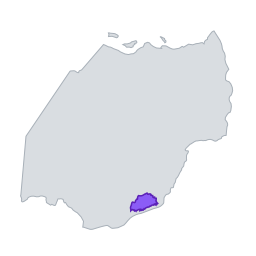 location of Nkasi, Rukwa, United Republic of Tanzania, rotated 275°
{"feature_id": "72390352B34861075189695", "entity_name": "Nkasi", "entity_type": "district", "adm_level": 2, "iso_a3": "TZA", "parent_name": "United Republic of Tanzania", "parent_adm1": "Rukwa", "projection": "mercator", "projection_center": [30.833, -7.587], "detail": "fine", "context": "in_parent", "style": "filled", "palette": "violet", "viewbox_px": 256, "rotation_deg": 275, "n_neighbors": 0, "source": "geoboundaries", "source_scale": "gbopen_adm2", "svg_char_len": 6957}
<svg xmlns="http://www.w3.org/2000/svg" viewBox="0 0 256 256"><g transform="rotate(275 128 128)"><path d="M91.1,185.1L88.0,183.5L85.2,182.5L83.0,181.4L82.0,180.4L79.8,180.0L78.0,179.8L76.3,178.8L72.8,178.4L72.4,177.8L72.3,176.3L71.7,175.9L70.5,175.6L69.1,175.6L68.2,175.8L67.7,175.7L66.6,174.8L65.6,173.7L65.2,172.0L63.6,170.9L61.7,170.0L56.6,170.1L55.8,169.8L54.6,168.9L53.1,167.4L52.0,165.8L51.0,163.5L49.9,160.5L44.0,148.3L43.4,146.0L42.3,143.5L40.4,140.3L38.4,138.0L35.7,135.9L32.7,133.8L31.0,132.4L27.8,126.7L27.2,124.0L26.7,121.3L26.9,120.1L28.9,116.6L29.1,115.6L28.8,114.2L27.9,111.4L26.6,107.9L24.1,101.7L23.8,100.1L23.8,98.9L25.3,92.5L25.3,91.6L31.2,91.8L35.4,89.0L39.2,84.8L39.9,83.1L41.5,80.4L43.0,79.1L43.5,78.2L44.4,75.5L46.3,73.7L48.3,72.3L47.9,71.3L48.1,71.0L49.2,70.3L51.2,69.6L51.6,68.2L51.6,66.6L51.3,65.8L51.3,64.7L51.0,64.2L49.7,64.0L47.7,63.3L46.1,62.9L45.0,62.5L44.5,62.1L44.4,61.2L45.3,58.7L44.4,57.7L46.4,53.7L46.8,53.2L47.5,53.2L48.7,52.7L49.8,52.5L50.7,52.7L51.4,52.5L51.9,52.1L52.4,50.7L52.8,48.4L52.6,46.6L51.8,45.1L51.5,42.9L51.9,40.0L51.6,37.6L50.7,35.6L49.7,34.4L48.3,33.9L45.9,30.9L45.2,29.5L45.4,28.6L46.2,28.2L47.6,28.3L49.0,28.0L50.3,27.2L51.6,26.9L52.2,27.1L110.9,27.1L179.5,65.3L179.8,65.8L180.3,69.1L180.2,70.2L179.1,72.1L178.8,73.1L178.8,73.8L179.1,74.1L180.0,74.1L180.7,74.6L181.0,75.0L181.6,76.4L182.3,77.1L208.4,95.9L209.0,96.2L208.6,97.8L207.1,101.6L207.1,103.2L206.5,105.1L205.9,106.3L204.4,111.7L203.2,113.7L201.5,118.5L201.2,122.1L202.1,124.6L202.5,127.0L204.5,129.3L206.1,130.2L207.2,131.2L209.1,133.7L210.2,136.1L213.7,137.3L215.1,140.1L214.6,142.0L213.0,143.5L211.4,146.1L210.2,149.4L210.2,154.5L211.0,153.7L212.9,155.0L213.1,158.7L211.2,163.1L210.6,165.1L210.5,166.9L211.9,172.1L214.0,174.8L213.8,175.6L213.3,176.3L216.8,181.1L216.5,185.2L217.9,188.4L218.5,191.2L219.3,193.3L219.5,194.8L218.4,196.4L221.0,196.8L222.5,198.1L223.2,199.4L225.1,199.4L226.1,200.2L227.6,201.0L230.8,203.1L231.7,204.2L232.2,205.2L223.3,212.0L220.1,213.7L217.8,214.5L215.4,215.0L213.1,216.1L210.9,217.7L208.0,218.6L204.6,218.6L201.0,219.8L195.3,223.3L192.0,221.3L189.4,220.7L186.5,220.8L184.6,221.0L184.0,221.5L183.4,222.6L182.9,224.6L181.0,226.5L177.6,228.3L174.4,229.0L171.5,228.5L169.5,227.8L168.5,226.7L167.0,226.2L165.0,226.3L163.1,227.1L161.3,228.5L158.4,229.1L154.4,228.9L152.3,228.2L152.0,227.0L150.2,225.7L147.0,224.1L144.7,224.1L143.2,225.6L141.8,226.5L140.6,226.9L139.4,227.0L137.8,226.5L133.4,226.4L129.2,226.4L128.8,224.3L127.9,222.9L127.2,222.1L125.8,221.9L125.4,221.3L124.9,220.0L124.2,218.8L123.2,217.8L122.7,216.9L122.5,216.1L122.6,215.2L123.5,213.0L123.8,211.5L123.7,209.9L123.2,208.3L122.2,206.4L122.3,205.8L122.0,204.5L121.9,203.6L122.1,202.5L121.9,201.0L121.1,197.8L121.1,197.0L120.2,195.4L117.4,191.8L117.3,191.3L112.9,187.6L111.2,186.8L110.6,187.5L110.3,188.1L110.5,189.3L110.4,189.9L110.2,190.2L109.2,190.1L108.6,190.0L106.9,189.0L105.6,188.7L102.4,188.9L101.3,189.2L100.4,188.9L98.8,187.2L96.8,186.9L95.0,186.8L92.1,184.9L91.1,185.1ZM214.1,124.1L215.6,128.1L215.4,128.8L214.4,129.3L213.8,129.3L213.2,128.7L212.8,127.3L212.0,127.6L210.7,126.0L209.4,126.0L208.3,124.0L208.7,122.3L208.4,119.5L209.8,118.0L210.6,115.6L211.5,117.2L211.7,119.9L212.9,123.0L214.1,124.1ZM221.0,100.2L221.1,101.2L220.9,102.1L220.9,104.9L220.8,106.8L219.7,109.4L218.9,110.3L218.1,110.1L217.4,109.6L216.9,108.9L218.0,104.1L217.4,100.6L219.5,100.9L221.0,100.2ZM218.2,158.1L217.1,158.3L216.7,158.1L216.1,157.3L217.2,156.6L218.2,155.3L220.7,153.4L221.8,151.9L221.6,153.4L220.3,156.6L219.1,156.8L218.2,158.1Z" fill="#d9dde1" stroke="#a8b0b8" stroke-width="1"/><path d="M54.2,138.5L52.3,138.1L51.2,138.0L51.0,137.9L50.5,137.7L49.2,137.4L47.9,137.6L47.1,137.8L46.7,137.9L45.8,138.0L46.2,138.3L46.3,138.4L46.4,138.5L46.5,138.5L46.8,138.7L47.0,138.8L47.1,139.0L47.2,139.3L47.1,139.7L47.0,140.0L46.9,140.3L46.7,140.3L46.7,140.5L46.8,140.5L46.9,140.8L46.9,141.0L47.0,141.1L46.9,141.2L46.6,141.7L46.3,142.0L46.1,141.9L45.9,141.7L45.8,141.8L45.9,142.0L46.0,142.2L46.2,142.4L46.5,142.5L46.4,142.8L46.2,142.9L46.1,143.0L46.3,143.0L46.3,143.4L46.5,143.5L46.7,143.9L46.8,144.2L46.7,144.2L46.8,144.3L46.8,144.5L47.0,144.7L47.2,144.9L47.3,145.0L47.7,145.6L47.6,145.8L47.7,146.0L47.8,146.2L47.9,146.5L47.9,146.8L48.0,146.8L48.0,147.0L48.0,146.9L47.9,146.9L47.8,147.2L47.7,147.3L47.8,147.4L47.7,147.4L47.6,147.5L47.4,147.7L47.5,147.8L47.4,147.9L47.5,148.0L47.6,148.3L47.7,148.6L47.8,148.7L47.7,148.8L47.4,148.7L47.4,148.8L47.2,148.9L47.2,149.0L47.3,149.1L47.4,149.3L47.5,149.3L47.5,149.5L47.6,149.4L47.6,149.5L47.8,149.6L47.9,149.8L48.0,149.8L48.0,150.0L48.0,150.3L48.1,150.5L48.3,150.6L48.4,150.8L48.6,151.1L48.8,151.1L48.7,151.3L48.8,151.4L48.7,151.6L48.8,151.6L49.1,151.8L49.4,152.1L49.4,152.4L49.6,152.4L49.6,152.6L50.0,152.8L50.2,153.0L50.3,153.1L50.4,153.3L50.5,153.5L50.6,153.9L50.7,154.1L50.7,154.5L50.8,154.6L50.7,154.8L50.8,154.9L51.0,154.9L51.0,155.1L51.1,155.3L51.2,155.5L51.2,155.8L51.3,155.9L51.3,156.1L51.5,156.3L51.9,156.4L52.0,156.5L52.2,156.8L52.1,157.3L52.1,157.5L52.5,157.8L52.7,158.0L52.8,158.2L53.0,158.3L53.1,158.5L53.3,158.7L53.3,158.9L53.3,159.0L53.2,159.0L53.4,159.1L53.4,159.3L53.4,159.6L53.3,159.8L53.4,160.1L53.6,160.3L53.6,160.5L53.8,160.5L54.1,160.5L54.3,160.6L54.5,160.9L54.5,161.1L54.6,161.3L54.5,161.5L54.5,161.8L54.4,161.7L54.1,161.6L54.0,161.8L54.2,161.7L54.2,161.8L54.2,161.7L54.1,161.8L54.2,162.0L54.3,162.0L54.2,162.2L54.3,162.2L54.3,162.3L54.4,162.2L54.5,162.2L54.4,162.3L54.5,162.5L54.4,162.6L54.6,162.8L54.7,162.7L54.8,162.8L54.7,162.8L54.8,162.9L54.9,163.1L54.8,163.3L54.7,163.4L54.8,163.7L54.9,163.8L54.9,163.7L55.1,163.7L54.9,163.5L55.0,163.4L55.3,163.6L55.4,163.8L55.3,163.7L55.4,163.9L55.5,163.9L55.7,163.5L55.9,163.3L56.2,163.2L56.4,163.1L56.6,163.1L56.8,162.9L57.0,162.7L57.4,162.6L57.5,162.4L57.8,162.1L58.0,162.1L58.2,162.3L59.0,162.3L60.2,162.3L60.5,162.2L60.6,161.9L60.5,161.4L60.7,160.4L60.8,160.4L61.5,160.4L61.3,159.5L61.0,159.2L61.2,158.9L61.4,158.8L61.6,158.8L61.8,158.7L62.2,158.7L62.8,158.5L62.7,158.2L62.9,157.8L62.9,157.3L62.8,157.0L62.8,156.8L62.9,156.7L63.8,156.7L63.8,156.3L63.8,156.2L64.3,155.9L64.3,155.4L64.1,155.0L64.1,154.9L63.9,154.5L63.8,154.3L63.9,154.2L64.0,154.1L63.9,153.9L63.9,153.7L63.8,153.4L64.5,152.8L64.8,152.7L64.7,152.3L64.4,151.8L63.8,151.2L63.8,150.9L63.6,150.7L63.6,150.4L63.2,149.9L62.7,149.3L62.5,149.0L62.4,148.8L61.9,148.0L61.7,147.3L61.5,146.2L61.5,145.8L61.5,145.0L61.6,144.4L61.4,144.2L61.2,144.2L60.9,144.0L60.7,143.9L60.3,143.7L60.0,143.6L59.7,143.6L58.6,143.6L58.2,143.7L57.8,143.3L57.9,142.9L57.7,142.8L57.4,142.6L56.6,142.0L56.4,141.9L56.0,141.8L55.2,141.8L54.9,141.7L54.3,141.1L54.3,140.8L54.5,139.7L54.6,139.0L54.2,138.5ZM47.0,147.0L46.9,147.0L47.0,147.1L47.2,147.3L47.1,147.5L47.3,147.5L47.4,147.2L47.1,147.1L47.0,147.0ZM47.0,148.2L47.0,148.3L47.1,148.5L47.4,148.6L47.2,148.2L47.1,148.3L47.0,148.2ZM46.7,148.0L46.6,147.8L46.7,148.0L46.7,148.0ZM54.2,162.5L54.2,162.4L54.1,162.5L54.2,162.5Z" fill="#8b5cf6" stroke="#5b21b6" stroke-width="1.5"/></g></svg>